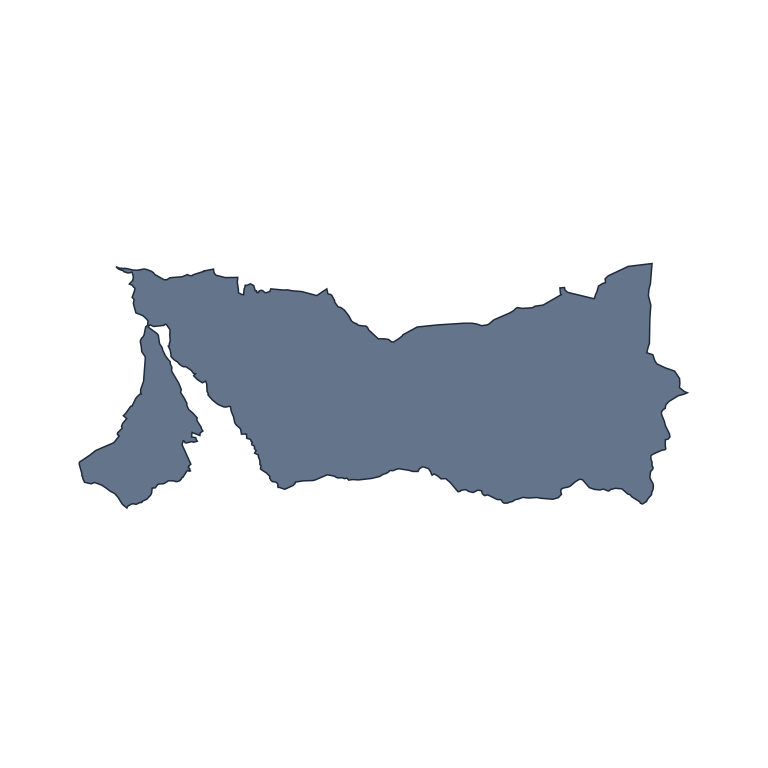 Lunca, Bihor, Romania (Robinson projection), rotated 198°
{"feature_id": "2599482B71226183129855", "entity_name": "Lunca", "entity_type": "district", "adm_level": 2, "iso_a3": "ROU", "parent_name": "Romania", "parent_adm1": "Bihor", "projection": "robinson", "projection_center": [22.434, 46.505], "detail": "fine", "context": "isolated", "style": "filled", "palette": "slate", "viewbox_px": 768, "rotation_deg": 198, "n_neighbors": 0, "source": "geoboundaries", "source_scale": "gbopen_adm2", "svg_char_len": 6153}
<svg xmlns="http://www.w3.org/2000/svg" viewBox="0 0 768 768"><g transform="rotate(198 384 384)"><path d="M675.2,412.7L671.9,411.3L666.8,411.0L665.8,410.4L661.9,410.5L659.7,411.4L658.6,412.5L657.8,412.0L655.5,408.5L654.9,404.5L655.4,404.1L657.1,400.4L653.8,400.1L652.6,399.0L650.4,398.1L650.1,395.4L650.3,388.5L648.3,387.6L647.6,386.1L647.3,383.2L642.0,375.0L634.6,374.5L630.2,372.6L628.0,371.1L627.0,366.9L628.3,364.6L627.4,356.9L627.6,354.6L628.6,353.0L629.1,350.5L628.8,348.8L626.5,344.7L624.4,339.9L619.5,336.1L618.8,334.0L613.5,312.3L613.7,303.5L612.8,300.6L611.7,299.5L612.8,299.2L614.8,295.8L615.7,293.2L616.8,285.0L617.7,284.9L618.3,283.7L620.6,276.3L622.1,273.3L618.0,271.6L620.4,265.8L620.5,262.6L619.3,261.1L622.3,255.1L621.9,253.5L619.8,252.8L622.8,244.7L637.7,231.6L641.8,225.4L649.5,215.6L649.2,213.8L643.6,205.3L642.8,203.1L641.9,202.7L641.4,201.2L638.4,198.0L631.6,198.6L628.9,200.9L621.3,200.6L614.8,198.8L612.1,197.6L606.3,196.6L601.9,194.0L595.8,188.8L590.2,186.6L589.8,188.8L587.3,191.6L585.6,192.6L582.5,193.0L579.5,195.8L577.9,196.3L577.6,196.9L577.9,197.5L573.9,201.2L571.6,206.2L571.3,208.4L572.3,213.3L569.4,214.6L568.3,218.2L566.9,219.5L563.1,220.9L560.8,223.1L559.2,225.3L554.4,226.8L551.3,226.9L548.9,228.4L547.9,229.6L548.1,230.1L547.5,230.8L547.0,233.1L546.4,233.1L544.6,240.1L543.9,241.2L542.4,240.8L541.3,241.5L542.4,242.6L542.5,243.3L544.1,243.9L543.9,244.9L544.5,245.4L542.9,248.0L557.3,263.9L557.4,267.9L556.6,268.0L555.0,266.7L553.8,266.8L549.1,269.8L547.0,269.8L543.9,271.9L545.5,273.3L546.5,274.8L550.6,274.1L551.6,278.6L543.2,278.1L543.7,280.7L541.7,283.3L543.6,284.8L544.5,286.4L550.1,291.0L551.0,292.2L551.2,294.0L556.8,297.3L561.7,299.3L563.5,301.1L565.0,303.0L565.5,304.7L569.5,308.7L574.8,313.1L575.1,316.1L579.5,321.4L589.1,329.8L590.4,331.5L590.6,333.5L591.5,335.1L593.3,336.8L594.4,339.3L596.7,340.5L600.7,343.4L604.9,347.8L606.3,350.1L609.9,353.0L613.7,360.6L615.1,361.7L625.6,365.2L625.7,366.3L624.7,368.0L620.9,367.5L611.5,371.7L610.3,373.5L608.7,372.9L604.2,369.4L603.0,364.7L600.8,359.3L600.6,355.9L600.1,354.1L600.9,353.4L597.9,350.2L595.6,346.1L595.2,344.5L594.3,343.7L590.9,342.1L587.3,341.2L584.7,339.6L581.6,338.6L579.5,338.5L578.2,339.3L571.7,337.5L568.4,335.2L566.5,335.5L567.6,333.0L563.0,330.6L557.1,329.0L554.5,331.6L552.6,329.2L550.0,322.3L547.8,320.1L548.1,319.3L542.7,316.0L538.3,314.2L535.1,313.2L529.3,312.7L527.2,313.2L524.5,314.9L523.1,315.0L520.8,310.8L517.0,306.3L514.1,301.3L512.4,299.7L506.5,296.9L504.1,292.3L499.4,293.9L497.6,289.9L494.5,290.1L493.3,289.6L492.7,288.4L491.2,287.8L491.5,286.4L490.8,285.3L488.6,285.0L487.7,284.1L487.4,282.6L485.1,281.2L485.7,278.2L481.8,277.8L480.9,275.9L478.5,272.9L477.1,269.1L475.6,268.2L475.4,265.5L475.1,264.9L468.2,263.0L465.0,261.4L464.0,260.7L463.7,259.3L461.6,257.3L459.6,256.7L457.0,257.3L454.7,256.6L453.5,255.1L453.6,254.3L452.8,252.9L451.7,253.3L445.8,253.2L439.1,259.4L437.9,261.7L437.9,263.3L431.0,266.9L421.8,270.2L419.9,271.4L409.9,280.1L402.3,281.1L401.2,280.5L399.1,280.4L394.7,281.9L392.3,281.8L390.2,283.0L387.8,281.7L384.4,283.4L378.6,284.9L366.9,290.2L359.5,294.7L356.9,297.8L353.4,300.4L351.5,303.6L348.5,304.4L346.0,306.6L343.8,308.0L333.8,309.6L329.8,309.7L324.6,311.3L324.1,314.4L321.9,317.0L320.9,317.3L315.5,317.3L312.2,314.6L310.5,312.3L309.9,312.3L308.7,313.8L308.0,313.9L303.7,312.9L300.4,311.4L296.1,313.1L290.6,310.8L280.3,304.4L278.5,305.4L277.6,306.8L274.2,308.6L272.7,308.7L270.4,308.0L265.6,308.4L262.0,312.0L258.3,312.6L256.7,310.2L255.0,309.2L253.5,309.0L251.2,310.6L240.4,309.1L238.0,309.9L236.4,309.9L234.8,308.3L233.0,307.8L229.5,309.0L228.4,310.2L225.3,312.1L224.6,313.3L222.9,314.9L220.8,316.0L216.9,319.1L211.4,320.2L203.8,323.2L199.0,323.9L187.7,326.6L183.0,329.9L181.1,334.0L182.8,336.6L182.9,338.7L181.4,340.4L176.7,343.1L175.2,344.6L171.8,350.2L169.1,353.3L168.1,354.0L165.7,354.3L156.7,348.9L151.4,348.8L145.9,349.9L142.9,351.9L137.7,351.5L136.9,351.9L135.9,353.7L131.7,356.3L125.3,357.8L118.2,354.7L115.7,354.7L113.3,353.2L104.6,351.1L103.1,349.8L101.0,349.8L98.2,353.2L97.4,356.8L95.3,361.5L95.8,362.8L95.6,367.2L96.4,370.6L97.7,372.7L101.4,376.1L102.4,377.6L103.4,383.1L102.1,385.9L102.2,387.6L103.9,389.4L105.0,392.7L106.6,394.5L107.9,397.6L107.8,398.8L105.9,401.0L99.2,406.9L96.4,408.4L96.0,409.4L97.5,412.5L99.2,417.8L96.7,419.5L95.7,422.0L97.2,424.9L103.5,431.3L105.9,435.2L110.7,440.9L111.5,443.1L110.5,446.0L109.0,447.8L109.5,450.6L109.3,451.9L107.4,455.7L100.6,463.7L95.4,467.1L92.8,469.4L96.1,469.7L101.7,471.8L102.1,472.5L102.7,475.7L104.6,480.5L111.6,486.1L121.6,486.3L130.8,487.5L133.7,489.9L137.3,494.9L143.7,494.9L144.2,500.5L144.1,504.6L151.4,528.5L154.6,541.4L159.8,549.6L161.3,555.9L161.6,561.7L166.3,581.4L188.1,571.3L204.2,556.1L206.2,552.5L204.7,548.8L207.1,547.2L210.3,543.4L210.0,537.3L210.4,534.7L210.3,530.5L210.6,530.0L237.6,527.9L241.0,529.3L242.1,531.5L246.4,529.7L243.9,524.1L243.0,523.8L257.0,508.3L264.5,504.6L266.4,502.4L275.9,498.6L280.6,498.0L282.2,496.4L283.2,494.0L286.3,490.5L299.2,479.1L303.0,473.1L304.7,471.8L309.3,469.6L314.2,469.7L319.2,469.0L326.5,466.6L351.2,456.8L370.0,448.5L381.2,436.7L381.7,435.0L383.8,431.9L388.0,426.8L389.6,426.4L393.6,427.8L398.3,426.9L403.4,425.2L415.1,430.6L417.3,432.8L419.2,433.5L422.9,432.5L427.0,432.0L428.3,432.8L431.7,433.0L434.4,433.9L438.1,437.6L444.4,442.0L448.7,443.4L451.5,443.2L456.4,446.8L456.5,447.8L461.1,452.2L462.6,452.6L465.2,452.4L467.8,456.8L475.3,447.3L490.9,446.5L500.4,444.2L504.5,443.8L509.0,442.2L521.1,439.5L521.2,436.7L524.2,434.4L525.8,434.2L528.3,435.3L529.7,435.2L531.3,434.0L531.7,433.0L531.5,432.2L533.1,431.7L534.0,433.3L535.3,432.9L538.2,437.3L542.0,438.0L545.1,435.3L546.5,435.1L546.2,432.4L546.4,431.0L545.1,425.5L547.0,425.2L550.6,425.8L551.6,428.7L555.0,435.5L556.0,440.2L567.7,436.2L577.2,435.5L579.5,436.8L581.0,439.0L581.6,440.6L590.2,435.9L589.9,435.6L598.0,429.9L599.6,428.5L599.9,427.7L603.2,426.9L604.8,427.4L608.9,423.7L620.5,418.9L622.8,416.0L625.4,415.2L636.2,417.4L637.6,418.6L639.9,419.3L644.7,419.6L647.6,419.3L654.0,415.9L658.1,414.8L664.4,414.3L667.0,413.7L667.7,413.0L669.4,413.1L670.8,412.4L675.2,412.7Z" fill="#64748b" stroke="#1e293b" stroke-width="1.5"/></g></svg>